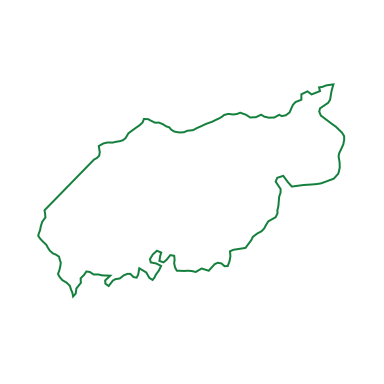 Santa Mariana, Paraná, Brazil, rotated 82°
{"feature_id": "56859067B10237874887501", "entity_name": "Santa Mariana", "entity_type": "district", "adm_level": 2, "iso_a3": "BRA", "parent_name": "Brazil", "parent_adm1": "Paraná", "projection": "natural_earth1", "projection_center": [-50.532, -23.056], "detail": "fine", "context": "isolated", "style": "outline", "palette": "green", "viewbox_px": 384, "rotation_deg": 82, "n_neighbors": 0, "source": "geoboundaries", "source_scale": "gbopen_adm2", "svg_char_len": 2570}
<svg xmlns="http://www.w3.org/2000/svg" viewBox="0 0 384 384"><g transform="rotate(82 192 192)"><path d="M157.8,33.6L154.1,35.2L147.2,40.6L144.4,43.6L134.2,53.8L130.1,54.8L127.0,53.6L122.6,44.7L119.8,42.4L111.5,39.8L105.1,37.0L105.1,44.1L106.1,48.4L106.1,51.6L109.9,51.2L112.0,60.0L108.4,63.7L110.5,70.1L115.9,70.9L117.3,76.9L119.7,79.9L122.7,81.8L126.8,84.3L129.1,88.5L129.3,92.6L127.7,94.9L129.7,100.1L129.1,105.5L127.5,109.8L125.1,112.8L126.8,118.3L126.3,124.0L123.0,127.8L120.2,133.2L121.0,136.6L121.0,140.3L119.7,145.2L120.2,149.5L121.7,152.0L122.9,154.9L123.7,157.7L125.3,162.5L126.0,166.2L126.7,169.3L128.0,173.3L129.3,178.0L130.9,182.3L130.7,188.2L131.7,191.6L131.3,196.3L129.7,201.1L127.3,204.0L124.9,205.4L123.4,208.4L120.9,211.3L118.7,215.0L118.2,219.0L115.5,223.0L113.8,225.2L113.0,229.4L116.3,231.3L118.6,234.6L120.3,238.0L123.0,243.1L125.0,246.8L127.3,248.6L129.5,250.4L131.1,253.2L131.6,256.1L131.7,259.7L132.0,264.0L131.2,268.8L131.6,273.0L133.5,277.9L139.8,277.8L143.2,278.9L145.1,281.5L146.3,284.6L189.6,340.6L193.0,340.5L196.8,340.7L200.6,344.4L204.9,346.5L208.8,347.8L211.0,349.1L213.9,350.4L217.0,348.9L220.4,346.5L224.2,343.5L226.8,342.6L230.3,341.0L233.4,338.3L235.0,335.6L237.5,332.7L241.0,332.3L243.8,331.8L247.0,332.7L251.2,334.3L254.5,336.1L257.7,334.9L261.2,332.7L264.3,328.8L267.9,326.0L272.2,325.3L274.9,324.5L278.9,324.3L276.4,321.3L271.4,319.9L266.5,314.7L262.0,314.3L259.1,310.5L256.0,307.6L257.0,304.3L260.0,300.9L260.6,296.2L262.0,292.8L263.5,284.6L267.5,290.3L270.7,290.5L273.5,287.6L268.7,282.7L267.6,279.8L267.6,275.6L265.0,271.1L264.1,267.3L264.5,264.4L268.1,261.8L269.1,258.8L266.6,256.9L260.2,254.8L265.3,248.5L271.1,246.2L273.6,243.3L271.4,241.0L269.1,239.5L265.0,235.6L260.9,232.9L257.8,237.4L256.0,242.6L252.7,243.0L248.4,239.5L245.3,234.9L247.7,230.9L250.7,232.3L255.7,233.9L257.7,230.0L255.6,226.6L251.5,222.3L252.7,218.5L256.9,218.7L260.1,219.6L264.2,219.3L267.8,218.0L269.1,210.7L269.4,206.9L270.3,203.0L271.7,199.4L269.1,193.1L272.3,186.4L269.9,183.6L266.5,179.4L265.7,176.3L266.8,172.8L270.0,170.1L270.3,166.9L265.6,164.4L260.9,162.9L256.0,162.6L255.0,159.2L254.8,146.8L247.9,140.0L244.9,138.0L242.2,133.2L240.6,128.7L238.1,125.5L235.5,123.7L231.7,120.6L228.6,112.7L225.0,110.3L222.1,110.0L217.9,108.4L208.7,106.3L205.2,104.5L201.5,103.8L198.4,105.3L193.4,107.7L189.8,105.6L188.7,99.4L195.5,95.7L200.5,92.4L200.6,80.4L201.1,74.3L201.5,67.4L201.4,62.9L198.5,49.7L194.3,44.7L192.0,43.6L188.4,42.3L183.1,41.7L177.2,41.9L174.4,41.0L166.0,35.6L161.4,34.0L157.8,33.6Z" fill="none" stroke="#15803d" stroke-width="2"/></g></svg>